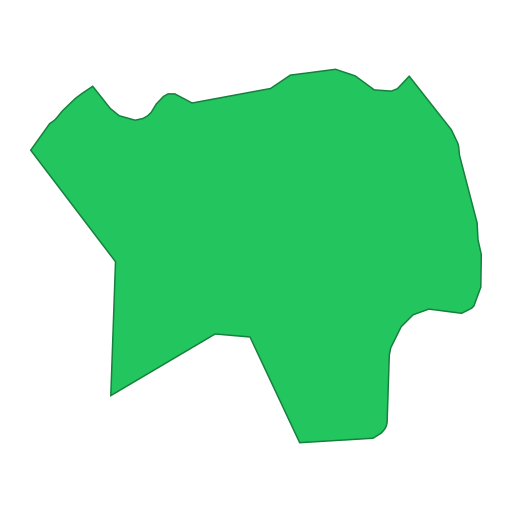 the London Borough of Sutton
{"feature_id": "GBR-2076", "entity_name": "Sutton", "entity_type": "London Borough", "adm_level": 1, "iso_a3": "GBR", "parent_name": "United Kingdom", "parent_adm1": "", "projection": "mercator", "projection_center": [-0.168, 51.354], "detail": "fine", "context": "isolated", "style": "filled", "palette": "green", "viewbox_px": 512, "rotation_deg": 0, "n_neighbors": 0, "source": "natural_earth", "source_scale": "10m", "svg_char_len": 757}
<svg xmlns="http://www.w3.org/2000/svg" viewBox="0 0 512 512"><path d="M335.5,69.3L355.2,75.9L374.3,89.9L391.4,91.1L397.4,88.7L409.2,76.2L451.4,129.8L457.9,143.5L458.6,146.3L459.5,155.3L477.1,222.8L478.0,239.8L481.3,254.5L480.8,287.2L473.9,305.9L471.7,308.2L461.6,313.3L428.7,309.1L413.1,314.8L401.2,326.7L390.8,347.7L389.3,355.0L387.1,422.7L386.2,426.2L385.0,428.7L381.5,432.9L373.1,438.2L299.7,442.7L250.0,337.0L215.1,334.0L110.8,395.6L115.5,261.7L30.7,150.2L49.7,123.6L54.2,120.5L56.6,118.0L62.3,111.0L75.4,98.4L82.2,93.3L92.7,86.3L110.2,108.4L119.1,115.7L135.1,120.2L142.9,118.5L147.4,116.0L151.2,112.4L156.3,104.0L163.5,96.4L168.0,93.9L174.9,93.9L192.0,103.0L270.5,88.5L290.4,75.1L335.5,69.3Z" fill="#22c55e" stroke="#15803d" stroke-width="1.5"/></svg>